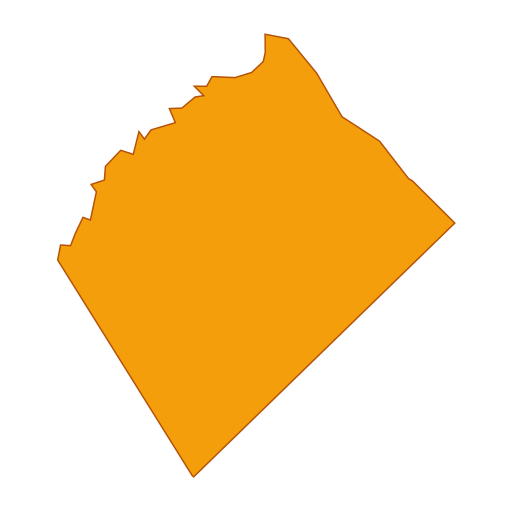 the district of Caldwell, Texas, United States of America, rotated 91°
{"feature_id": "52423323B77410024444051", "entity_name": "Caldwell", "entity_type": "district", "adm_level": 2, "iso_a3": "USA", "parent_name": "United States of America", "parent_adm1": "Texas", "projection": "robinson", "projection_center": [-97.731, 29.852], "detail": "fine", "context": "isolated", "style": "filled", "palette": "amber", "viewbox_px": 512, "rotation_deg": 91, "n_neighbors": 0, "source": "geoboundaries", "source_scale": "gbopen_adm2", "svg_char_len": 623}
<svg xmlns="http://www.w3.org/2000/svg" viewBox="0 0 512 512"><g transform="rotate(91 256 256)"><path d="M224.1,62.3L219.6,57.8L177.9,101.2L176.1,104.7L139.0,134.5L115.3,172.4L72.2,198.5L38.2,227.4L34.1,250.8L52.4,250.3L61.4,252.1L72.6,263.6L78.0,280.1L77.4,303.1L87.2,308.3L87.3,320.7L96.6,311.1L98.1,319.7L109.4,332.7L110.1,345.2L124.1,339.0L131.7,363.1L141.1,369.6L133.7,375.2L156.5,380.5L152.7,393.1L169.0,408.1L182.7,408.9L187.3,422.1L194.6,416.7L222.9,422.2L220.4,429.7L236.5,437.0L248.9,441.6L248.4,451.6L263.5,454.2L476.3,316.2L477.9,314.5L224.1,62.3Z" fill="#f59e0b" stroke="#b45309" stroke-width="1.5"/></g></svg>